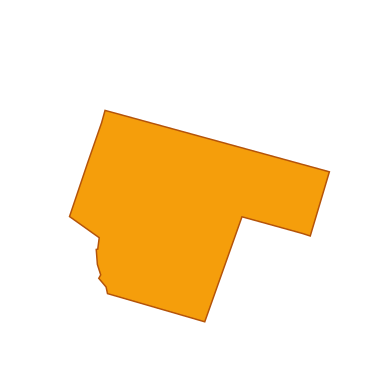 Karnes, Texas, United States of America, rotated 57°
{"feature_id": "52423323B141370106049", "entity_name": "Karnes", "entity_type": "district", "adm_level": 2, "iso_a3": "USA", "parent_name": "United States of America", "parent_adm1": "Texas", "projection": "natural_earth1", "projection_center": [-97.881, 28.945], "detail": "fine", "context": "isolated", "style": "filled", "palette": "amber", "viewbox_px": 384, "rotation_deg": 57, "n_neighbors": 0, "source": "geoboundaries", "source_scale": "gbopen_adm2", "svg_char_len": 394}
<svg xmlns="http://www.w3.org/2000/svg" viewBox="0 0 384 384"><g transform="rotate(57 192 192)"><path d="M76.2,220.5L84.7,230.1L111.0,264.0L145.9,308.1L179.8,294.7L188.6,302.2L188.0,303.6L201.2,310.8L211.8,313.7L213.6,317.2L224.9,315.8L231.2,318.2L307.8,252.0L240.0,163.6L286.9,122.0L293.3,116.8L249.9,65.8L149.7,155.0L76.2,220.5Z" fill="#f59e0b" stroke="#b45309" stroke-width="1.5"/></g></svg>